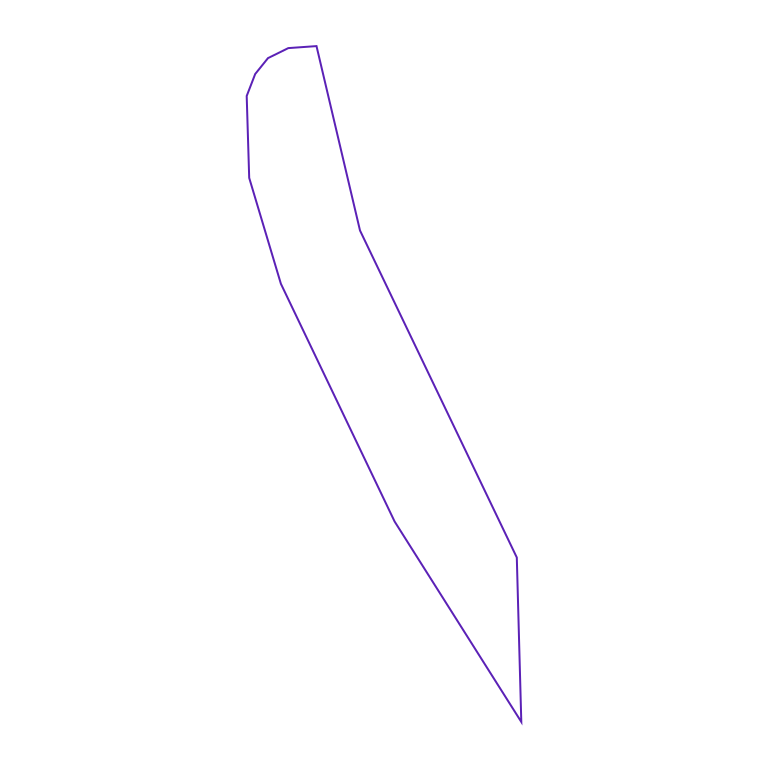 the Dependency of Agaléga
{"feature_id": "MUS-5180", "entity_name": "Agaléga", "entity_type": "Dependency", "adm_level": 1, "iso_a3": "MUS", "parent_name": "Mauritius", "parent_adm1": "", "projection": "equal_earth", "projection_center": [56.538, -10.365], "detail": "fine", "context": "isolated", "style": "outline", "palette": "violet", "viewbox_px": 768, "rotation_deg": 0, "n_neighbors": 0, "source": "natural_earth", "source_scale": "10m", "svg_char_len": 265}
<svg xmlns="http://www.w3.org/2000/svg" viewBox="0 0 768 768"><path d="M246.7,96.0L255.2,74.0L268.0,58.1L288.3,48.1L316.5,46.1L360.0,230.5L516.8,557.5L521.3,721.9L394.6,521.5L280.9,283.8L249.2,177.9L246.7,96.0Z" fill="none" stroke="#5b21b6" stroke-width="2"/></svg>